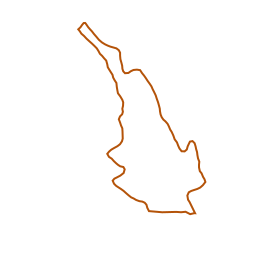 IV-2 Buxton/Mahaica, Demerara-Mahaica, Guyana, rotated 139°
{"feature_id": "73187651B35939089598366", "entity_name": "IV-2 Buxton/Mahaica", "entity_type": "district", "adm_level": 2, "iso_a3": "GUY", "parent_name": "Guyana", "parent_adm1": "Demerara-Mahaica", "projection": "orthographic", "projection_center": [-58.08, 6.451], "detail": "fine", "context": "isolated", "style": "outline", "palette": "amber", "viewbox_px": 256, "rotation_deg": 139, "n_neighbors": 0, "source": "geoboundaries", "source_scale": "gbopen_adm2", "svg_char_len": 2115}
<svg xmlns="http://www.w3.org/2000/svg" viewBox="0 0 256 256"><g transform="rotate(139 128 128)"><path d="M100.8,235.1L100.9,232.5L101.3,229.8L100.8,226.3L100.7,222.7L100.3,219.2L99.8,215.3L99.5,212.0L99.3,208.6L99.8,205.4L100.5,202.4L100.2,199.4L100.3,196.2L100.2,193.2L101.8,189.8L103.4,187.1L103.9,184.2L104.3,181.7L104.8,178.3L106.1,175.8L106.8,172.6L107.2,169.6L109.6,166.2L111.3,163.4L112.8,160.8L113.1,156.9L113.8,153.0L114.8,150.5L117.2,148.0L119.7,146.2L121.2,143.6L123.4,142.2L126.4,142.0L129.2,140.6L130.4,137.3L131.6,134.5L132.5,131.5L134.4,129.0L137.1,125.7L138.9,123.5L141.3,121.9L144.7,121.0L147.9,121.2L151.6,122.0L154.8,122.6L157.8,122.6L160.6,122.1L161.3,118.7L160.4,115.5L160.4,112.3L160.1,109.2L159.7,106.7L159.0,104.2L157.1,101.6L157.6,99.0L160.8,96.9L165.0,97.1L168.8,98.0L171.5,98.7L174.1,98.3L175.1,95.1L174.9,92.1L174.2,89.6L173.3,86.5L172.6,83.5L172.2,80.2L171.7,76.7L171.1,73.5L170.0,71.2L169.1,68.4L167.4,65.3L165.5,63.1L164.4,60.7L164.4,58.0L165.8,55.1L166.7,51.5L166.3,51.1L157.5,42.0L146.6,33.0L143.2,29.6L139.5,27.0L137.6,22.2L133.8,20.2L133.3,19.7L130.1,31.7L129.7,34.5L127.5,38.1L124.3,39.6L121.6,39.0L118.9,37.9L115.6,36.5L112.6,35.7L109.1,35.7L105.0,36.5L103.9,39.1L103.4,41.9L102.2,45.5L102.1,48.3L100.3,51.6L98.5,53.7L96.3,55.8L95.1,59.1L93.4,62.0L91.7,64.5L90.4,67.4L89.1,69.7L87.7,72.8L87.9,75.8L90.2,77.1L92.5,76.1L95.0,75.0L97.7,73.2L100.6,73.2L102.8,75.3L102.6,78.8L101.7,81.8L100.5,85.0L100.2,88.9L98.7,92.6L97.6,96.4L97.2,99.1L96.1,102.4L95.4,105.1L95.4,108.5L95.8,111.1L95.5,114.0L94.5,116.9L92.9,119.6L91.3,121.8L89.9,124.6L88.4,127.8L87.0,131.4L85.7,134.4L84.7,138.0L83.9,141.2L83.0,144.0L82.6,147.2L82.3,150.6L81.8,154.1L81.5,157.0L81.4,160.2L80.9,163.7L83.0,166.2L85.8,168.2L88.6,169.0L91.6,169.3L94.3,171.3L94.4,173.9L93.4,176.3L91.5,178.9L90.2,181.5L88.6,184.9L86.5,187.8L84.6,190.0L83.9,192.7L84.5,195.7L86.5,198.8L88.0,201.1L89.2,203.4L90.4,206.1L91.5,209.6L92.1,213.7L92.0,217.8L92.0,221.3L91.8,224.7L91.9,227.3L91.9,230.1L91.6,232.7L91.4,234.5L91.4,235.4L92.6,236.3L95.1,235.9L97.8,235.2L100.8,235.1Z" fill="none" stroke="#b45309" stroke-width="2"/></g></svg>